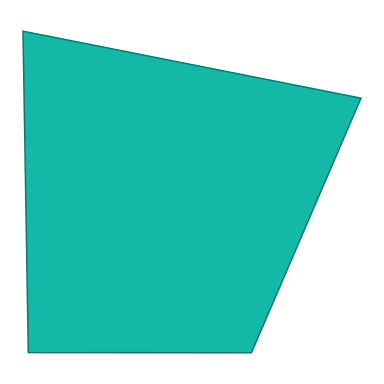 outline of Paris Paris, Al Wadi at Jadid, Egypt
{"feature_id": "37247803B13722182372819", "entity_name": "Paris Paris", "entity_type": "district", "adm_level": 2, "iso_a3": "EGY", "parent_name": "Egypt", "parent_adm1": "Al Wadi at Jadid", "projection": "natural_earth1", "projection_center": [30.442, 22.93], "detail": "fine", "context": "isolated", "style": "filled", "palette": "teal", "viewbox_px": 384, "rotation_deg": 0, "n_neighbors": 0, "source": "geoboundaries", "source_scale": "gbopen_adm2", "svg_char_len": 199}
<svg xmlns="http://www.w3.org/2000/svg" viewBox="0 0 384 384"><path d="M28.3,352.6L251.4,352.8L251.5,352.7L361.0,98.2L23.0,31.2L28.3,352.6Z" fill="#14b8a6" stroke="#0f766e" stroke-width="1.5"/></svg>